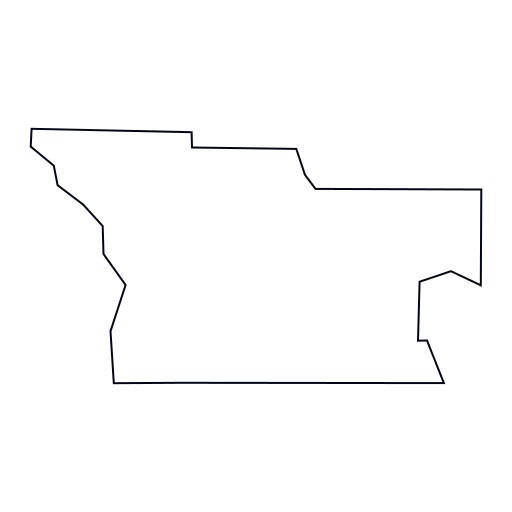 outline of Atkinson, Georgia, United States of America
{"feature_id": "52423323B8273444603527", "entity_name": "Atkinson", "entity_type": "district", "adm_level": 2, "iso_a3": "USA", "parent_name": "United States of America", "parent_adm1": "Georgia", "projection": "natural_earth1", "projection_center": [-82.899, 31.302], "detail": "fine", "context": "isolated", "style": "outline", "palette": "ink", "viewbox_px": 512, "rotation_deg": 0, "n_neighbors": 0, "source": "geoboundaries", "source_scale": "gbopen_adm2", "svg_char_len": 410}
<svg xmlns="http://www.w3.org/2000/svg" viewBox="0 0 512 512"><path d="M443.9,383.1L427.0,340.5L418.0,340.7L419.6,281.7L450.9,271.2L480.8,285.3L481.3,189.5L315.5,188.9L305.0,174.9L296.3,148.9L192.0,147.5L191.6,132.2L31.6,128.8L30.7,146.6L53.8,165.7L57.6,185.2L83.3,204.7L102.7,226.1L103.5,254.0L125.6,285.0L110.5,331.2L113.8,383.2L180.3,382.8L443.9,383.1Z" fill="none" stroke="#020617" stroke-width="2"/></svg>